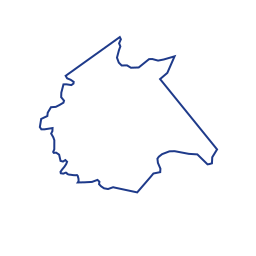 Grimari, Ouaka, Central African Republic (Robinson projection), rotated 232°
{"feature_id": "33826404B92675237545946", "entity_name": "Grimari", "entity_type": "district", "adm_level": 2, "iso_a3": "CAF", "parent_name": "Central African Republic", "parent_adm1": "Ouaka", "projection": "robinson", "projection_center": [19.988, 5.752], "detail": "fine", "context": "isolated", "style": "outline", "palette": "blue", "viewbox_px": 256, "rotation_deg": 232, "n_neighbors": 0, "source": "geoboundaries", "source_scale": "gbopen_adm2", "svg_char_len": 1298}
<svg xmlns="http://www.w3.org/2000/svg" viewBox="0 0 256 256"><g transform="rotate(232 128 128)"><path d="M202.1,104.0L196.9,97.2L193.4,94.3L188.9,94.4L187.7,92.7L188.3,88.2L189.1,84.1L191.8,80.1L189.5,74.2L187.1,71.8L188.6,65.2L183.0,59.1L180.3,58.9L178.3,61.5L174.4,68.5L172.1,66.5L170.9,64.0L166.6,63.4L163.7,62.4L156.6,56.8L155.2,54.3L154.1,54.2L152.8,56.2L149.4,57.3L143.6,54.6L141.6,56.1L141.3,58.9L138.9,59.2L137.6,57.0L136.6,54.0L135.8,50.3L135.0,47.8L133.7,47.2L131.9,48.9L131.1,51.5L130.6,51.9L129.0,51.9L127.5,52.9L126.4,54.1L124.6,55.8L123.2,57.4L122.3,58.8L121.2,58.9L118.4,57.7L116.5,56.3L116.0,54.9L111.9,60.4L107.7,66.4L105.9,72.0L103.3,72.4L101.5,70.6L98.6,70.9L95.2,72.0L92.2,74.7L90.5,79.8L88.9,81.1L71.6,95.6L75.5,115.4L76.5,120.0L73.4,126.2L76.0,128.5L82.1,130.1L85.7,132.3L86.4,134.6L86.4,138.8L84.1,146.3L81.0,150.5L70.2,160.0L64.5,166.4L50.4,168.3L49.5,169.9L48.5,172.4L53.1,176.4L54.8,181.0L56.3,185.0L146.8,183.4L147.2,192.9L155.8,208.8L160.0,198.3L162.6,193.2L167.4,189.6L169.3,187.0L169.1,173.7L173.7,167.4L177.9,165.8L181.2,161.5L185.2,161.0L190.2,162.6L194.9,168.8L197.0,172.2L200.2,173.1L202.3,177.0L204.7,177.5L207.5,111.0L204.6,110.6L201.3,112.5L197.8,113.6L196.6,112.4L196.7,109.8L200.4,106.3L202.1,104.0Z" fill="none" stroke="#1e3a8a" stroke-width="2"/></g></svg>